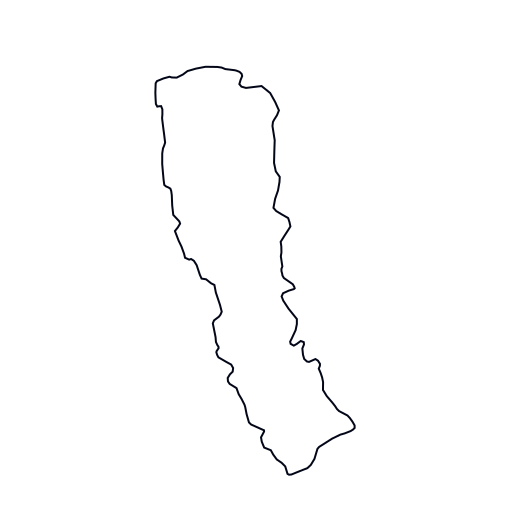 map outline of Nepal (Albers equal-area conic projection), rotated 52°
{"feature_id": "NPL", "entity_name": "Nepal", "entity_type": "country or territory", "adm_level": 0, "iso_a3": "NPL", "parent_name": "Asia", "parent_adm1": "", "projection": "albers", "projection_center": [84.322, 28.374], "detail": "fine", "context": "isolated", "style": "outline", "palette": "ink", "viewbox_px": 512, "rotation_deg": 52, "n_neighbors": 0, "source": "natural_earth", "source_scale": "50m", "svg_char_len": 2562}
<svg xmlns="http://www.w3.org/2000/svg" viewBox="0 0 512 512"><g transform="rotate(52 256 256)"><path d="M450.2,282.6L452.2,284.1L452.5,286.5L452.2,289.3L450.4,295.3L448.7,299.5L446.8,308.4L445.3,323.7L445.8,326.3L451.9,334.9L454.4,341.5L454.8,346.1L452.5,353.8L450.0,362.6L448.7,364.6L447.1,365.3L439.8,362.5L434.8,363.1L429.1,364.9L423.1,364.7L418.2,363.9L412.0,367.5L405.9,365.8L402.0,363.7L399.3,357.7L398.3,357.0L385.8,363.6L382.8,364.0L374.9,360.8L368.4,357.5L366.0,356.6L359.8,355.4L354.2,354.7L348.1,352.7L340.6,355.5L337.6,355.3L334.7,353.4L333.2,349.4L332.8,345.6L330.2,343.0L326.3,342.4L320.7,344.8L312.7,348.0L310.0,347.5L307.6,346.6L306.8,345.8L305.6,342.2L304.3,341.4L302.4,341.3L299.1,340.5L295.0,337.8L282.5,331.5L280.9,328.7L281.0,322.5L280.3,320.0L278.8,317.3L272.4,314.5L260.0,310.1L253.2,306.6L249.9,308.2L243.6,309.7L240.3,312.8L236.2,311.8L226.7,308.4L221.5,307.9L218.4,309.0L217.7,310.9L213.7,313.0L210.0,311.3L202.6,308.9L196.2,307.5L186.4,304.5L185.4,300.2L183.8,295.9L181.5,295.1L172.7,295.9L164.7,291.0L156.2,284.9L152.6,282.8L150.2,282.0L148.1,282.8L145.7,284.1L143.5,284.5L138.9,281.8L133.0,278.0L125.8,273.3L117.4,266.7L114.0,263.1L112.4,260.3L110.7,257.8L103.4,253.4L97.6,250.0L90.6,245.8L89.4,245.0L86.8,242.6L82.8,239.5L79.5,238.5L78.4,240.1L77.5,241.8L74.6,241.3L70.1,238.2L65.4,234.8L61.8,231.8L58.1,228.7L57.2,226.4L59.1,219.6L61.5,213.8L63.4,212.5L66.6,208.7L68.0,201.9L68.1,196.1L71.4,187.9L75.8,179.3L83.2,170.1L86.3,167.1L89.8,165.1L96.5,158.4L97.9,157.3L100.8,155.6L103.6,155.2L105.7,156.1L107.8,159.8L110.3,163.3L113.6,163.2L117.4,160.4L125.5,147.0L136.3,144.5L146.5,146.1L155.4,148.3L158.0,152.8L159.7,157.6L160.8,160.1L163.7,163.0L176.3,170.0L183.7,176.2L193.8,184.5L201.5,188.3L208.3,188.6L212.1,191.9L217.9,198.3L222.7,205.7L228.8,212.6L233.0,212.4L238.8,210.2L245.9,207.3L250.0,208.8L253.9,210.7L255.2,214.2L257.5,220.9L260.0,227.8L264.1,230.2L268.9,233.8L271.5,236.6L280.5,241.7L281.8,243.9L283.7,245.3L285.9,246.2L287.7,247.2L290.5,247.6L300.9,244.4L303.7,244.8L305.3,245.4L305.4,246.5L303.5,251.4L302.0,257.6L303.6,260.7L308.0,262.0L317.7,262.8L330.8,262.6L334.8,265.7L338.8,270.4L342.9,278.4L344.5,281.8L346.5,282.8L349.9,281.4L350.4,278.0L350.5,273.1L353.3,271.4L355.2,272.6L357.4,276.4L362.8,279.8L366.8,281.4L370.5,280.8L372.1,279.4L373.8,272.6L376.7,271.6L380.4,272.0L381.9,273.3L383.4,275.9L388.0,277.1L392.5,278.7L396.7,280.8L402.8,285.7L410.1,286.5L418.6,286.1L423.1,286.1L426.4,286.4L429.4,286.0L438.0,282.1L441.5,281.8L446.0,282.0L450.2,282.6Z" fill="none" stroke="#020617" stroke-width="2"/></g></svg>